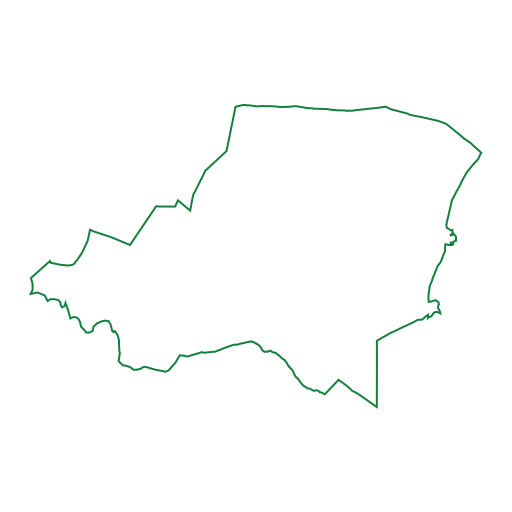 the district of San Felipe Jalapa de Díaz, Oaxaca, Mexico
{"feature_id": "50627088B17245875602717", "entity_name": "San Felipe Jalapa de Díaz", "entity_type": "district", "adm_level": 2, "iso_a3": "MEX", "parent_name": "Mexico", "parent_adm1": "Oaxaca", "projection": "equal_earth", "projection_center": [-96.53, 18.067], "detail": "fine", "context": "isolated", "style": "outline", "palette": "green", "viewbox_px": 512, "rotation_deg": 0, "n_neighbors": 0, "source": "geoboundaries", "source_scale": "gbopen_adm2", "svg_char_len": 5876}
<svg xmlns="http://www.w3.org/2000/svg" viewBox="0 0 512 512"><path d="M324.8,394.3L328.4,390.5L332.6,386.1L336.0,382.5L337.3,381.1L338.6,379.8L338.9,380.1L341.4,381.9L342.5,382.6L348.4,387.1L352.4,391.0L354.7,392.0L358.0,393.8L361.3,396.1L362.2,396.7L369.0,401.6L369.3,401.8L376.8,407.0L376.9,375.3L376.9,373.0L376.9,369.7L376.9,340.8L380.7,338.6L382.2,337.6L383.8,336.8L386.6,335.2L386.9,335.1L388.8,333.9L391.3,332.6L392.4,332.2L394.3,331.3L397.6,329.7L397.8,329.6L399.2,328.9L400.2,328.4L401.0,328.1L401.9,327.6L402.0,327.6L403.6,326.8L411.0,323.4L413.7,322.2L414.3,321.8L417.3,320.1L417.8,319.9L422.1,319.6L424.3,317.7L425.1,317.0L428.1,314.8L428.1,317.0L428.0,317.8L428.1,317.7L429.3,317.1L430.1,316.8L431.3,316.4L431.9,315.6L432.6,314.6L433.3,313.4L434.3,312.6L435.2,312.1L436.4,312.0L437.5,312.1L438.7,312.6L439.7,313.0L440.4,313.4L440.2,312.4L439.5,310.5L438.0,307.9L438.3,305.2L439.0,304.3L438.9,304.1L438.5,302.2L435.5,300.2L434.1,300.6L429.7,301.9L428.7,301.8L428.7,301.0L428.7,299.8L428.5,299.6L428.4,299.5L428.5,295.6L428.5,295.4L429.2,290.1L429.7,286.1L431.2,282.7L432.0,280.6L432.6,278.5L437.6,266.1L439.3,263.9L440.1,262.8L440.4,262.5L441.0,261.3L443.0,255.9L444.0,253.4L444.5,252.0L445.1,250.9L445.0,248.8L445.2,246.6L445.4,244.2L449.8,245.1L451.8,245.0L453.1,244.4L453.4,243.8L452.9,242.8L451.7,243.5L450.7,243.1L450.7,242.6L451.9,242.7L455.1,240.9L456.0,240.7L456.0,236.6L454.1,234.4L453.7,233.8L453.2,234.6L451.5,235.2L450.7,235.3L450.7,234.7L452.4,234.0L452.4,229.9L451.0,230.3L446.8,227.9L446.8,227.6L446.6,226.8L446.3,224.8L452.0,200.0L453.2,197.9L454.7,195.0L455.7,193.0L455.9,192.7L456.8,190.9L457.0,190.7L459.8,185.7L460.1,185.1L461.3,182.3L462.8,179.4L464.3,176.7L464.7,176.0L465.7,174.1L466.3,173.2L467.3,171.7L473.8,163.8L477.8,159.5L478.6,158.4L478.7,158.1L479.4,156.4L479.6,155.8L481.3,152.8L470.0,142.5L464.2,138.7L460.1,135.1L446.1,123.8L438.3,120.9L420.2,116.8L419.2,116.7L416.8,116.2L416.0,116.0L415.8,116.0L413.8,115.6L411.3,115.1L410.8,115.0L409.3,114.7L408.0,113.7L406.9,113.4L405.4,113.1L404.7,112.9L400.5,111.8L398.4,111.2L396.0,110.6L394.3,110.1L390.9,109.3L385.8,106.7L383.6,107.0L383.2,107.1L382.3,107.2L382.1,107.3L381.4,107.3L380.2,107.5L378.5,107.7L376.0,108.0L372.1,108.4L368.0,108.9L364.6,109.2L362.9,109.4L361.7,109.5L361.2,109.6L360.0,109.8L357.3,110.0L352.2,110.7L352.0,110.8L350.5,110.7L349.1,110.7L347.2,110.8L345.9,110.7L345.0,110.5L342.5,110.3L339.2,110.4L337.4,110.3L333.2,109.9L331.7,109.8L326.5,109.0L321.4,108.9L319.0,108.8L318.5,108.8L316.8,108.7L316.1,108.7L315.7,108.7L314.7,108.8L312.5,108.5L312.2,108.3L306.8,108.0L304.9,107.6L303.4,107.4L302.2,107.2L299.7,106.8L296.4,106.2L295.8,106.1L294.0,106.3L293.9,106.3L292.4,106.4L292.0,106.5L291.1,106.5L290.9,106.6L288.7,106.8L286.2,106.9L285.0,106.9L280.9,107.1L278.7,106.9L277.7,106.7L274.2,106.3L271.5,106.3L268.8,106.1L265.5,106.2L263.3,106.0L262.4,106.0L259.6,106.2L257.4,106.4L257.1,106.4L255.6,106.3L254.6,106.1L252.2,105.7L250.1,105.4L248.3,105.3L247.1,105.3L245.2,105.0L243.9,105.0L242.2,105.1L241.2,105.4L239.5,105.9L237.6,106.2L235.5,106.9L233.6,116.3L226.5,151.1L205.1,170.9L203.1,175.5L201.3,179.0L193.1,195.2L191.7,202.3L190.2,210.6L180.1,202.2L177.9,200.4L175.2,206.5L167.8,206.5L158.5,206.5L156.2,206.2L130.0,245.0L111.5,237.3L94.8,231.8L90.0,229.8L89.7,231.4L87.6,240.9L85.7,245.0L83.7,249.2L82.1,252.6L80.6,255.0L78.4,258.2L76.9,260.2L75.4,262.0L74.2,263.8L72.8,264.6L71.0,265.1L69.5,265.4L68.0,265.5L62.6,265.0L59.5,264.6L52.7,263.2L50.7,262.8L50.0,261.0L39.5,270.4L30.9,278.1L32.5,283.3L32.6,289.7L30.7,293.9L37.6,292.5L44.7,295.4L47.6,301.0L50.3,299.3L53.9,299.1L58.2,300.0L60.3,302.0L60.7,305.1L62.1,307.4L64.2,306.3L65.1,304.7L65.5,303.0L67.7,309.0L70.4,318.4L73.6,317.0L75.3,317.2L76.6,317.5L77.8,318.3L78.5,319.2L79.2,320.3L80.3,322.6L80.5,324.7L81.3,327.1L83.5,329.1L85.3,331.0L86.0,332.4L87.2,332.5L89.6,332.5L91.3,331.6L92.4,331.2L93.0,329.4L93.4,326.7L97.1,323.4L100.7,321.7L104.5,320.6L108.5,321.1L110.4,324.0L111.5,327.9L112.2,330.8L113.5,332.1L114.7,331.0L116.4,333.3L117.8,335.8L119.0,340.2L119.0,343.5L119.3,349.6L119.4,351.3L119.8,353.5L118.6,361.2L122.8,365.3L125.0,365.5L128.3,366.5L130.0,367.0L133.7,369.8L136.4,369.7L140.1,369.0L143.0,367.2L145.0,366.8L147.9,367.5L154.9,369.6L165.7,371.7L168.5,370.5L172.5,365.9L175.2,363.0L179.8,355.3L184.7,355.8L185.6,356.3L187.7,356.3L189.0,356.1L191.4,355.3L194.1,354.5L195.5,354.0L197.3,353.6L198.6,353.2L199.6,352.9L200.4,352.6L201.4,352.1L204.0,352.8L208.2,352.3L213.0,351.8L213.8,351.8L214.4,351.9L217.3,350.8L219.9,349.9L221.4,349.3L224.1,348.1L233.5,344.8L234.8,344.7L236.0,344.7L236.7,344.7L237.2,344.7L240.0,343.8L240.3,343.7L240.9,343.5L241.2,343.6L241.3,343.5L241.5,343.4L241.9,343.4L246.3,342.4L249.3,341.7L249.8,341.7L250.2,341.7L250.8,341.4L251.2,341.5L251.6,341.6L251.9,341.5L253.2,341.9L253.2,342.1L253.7,342.3L254.2,342.5L254.6,342.5L255.1,342.9L255.6,343.4L256.2,343.6L256.5,343.6L256.6,343.9L256.9,343.9L257.4,344.3L257.7,344.5L258.0,344.6L258.4,344.9L258.5,345.0L259.4,345.8L261.0,347.6L262.5,350.5L264.5,351.9L265.5,351.6L266.6,351.7L267.4,351.8L267.6,351.5L268.6,351.3L270.4,350.6L270.5,350.6L271.3,351.3L271.9,351.7L273.7,352.7L275.2,352.5L275.3,352.5L278.2,355.0L278.6,355.1L279.1,355.6L279.9,356.2L281.5,357.9L282.8,359.0L283.7,359.5L284.1,359.5L284.4,359.7L286.5,362.5L287.4,364.1L287.9,365.2L288.0,365.3L289.3,366.4L289.2,367.0L291.7,369.4L292.9,370.9L293.6,372.3L293.8,373.3L294.0,373.8L294.7,374.9L295.3,376.0L295.7,376.9L296.8,377.5L297.0,377.8L297.2,378.3L297.7,378.6L297.9,378.6L299.7,381.3L301.2,383.2L301.4,383.5L303.3,385.6L305.6,387.0L306.3,387.4L307.2,388.2L307.9,388.4L308.1,388.5L309.6,388.6L310.4,388.9L310.9,389.2L311.1,389.4L313.5,390.7L313.9,390.8L315.0,390.7L316.4,390.2L317.1,390.3L317.4,390.5L318.8,391.2L319.3,391.8L319.5,391.8L319.6,392.1L319.8,392.3L321.2,392.4L323.0,393.3L324.8,394.3Z" fill="none" stroke="#15803d" stroke-width="2"/></svg>